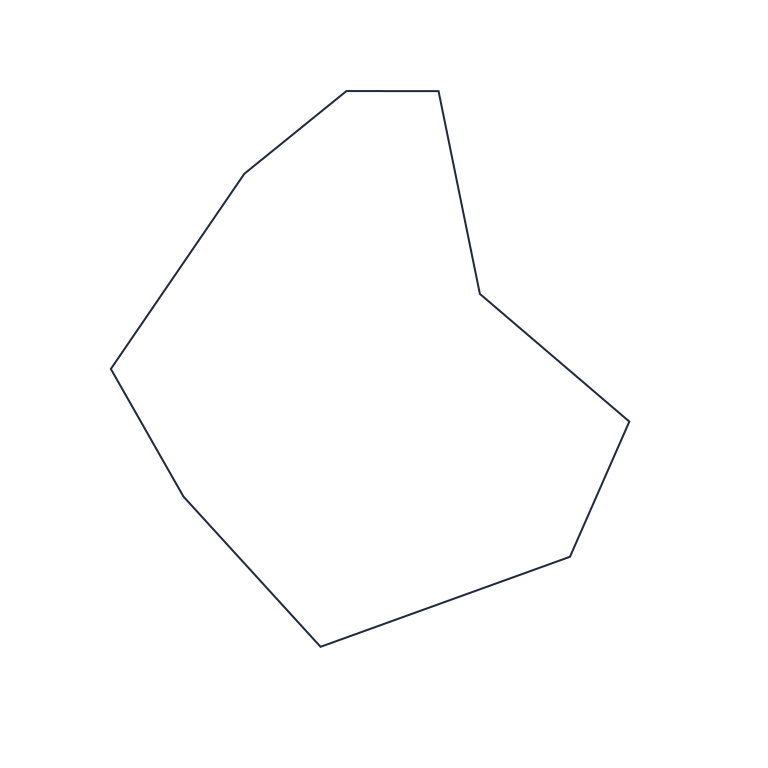 outline of Lija, rotated 51°
{"feature_id": "MLT-5929", "entity_name": "Lija", "entity_type": "state/province", "adm_level": 1, "iso_a3": "MLT", "parent_name": "Malta", "parent_adm1": "", "projection": "mercator", "projection_center": [14.439, 35.9], "detail": "fine", "context": "isolated", "style": "outline", "palette": "slate", "viewbox_px": 768, "rotation_deg": 51, "n_neighbors": 0, "source": "natural_earth", "source_scale": "10m", "svg_char_len": 285}
<svg xmlns="http://www.w3.org/2000/svg" viewBox="0 0 768 768"><g transform="rotate(51 384 384)"><path d="M200.4,586.8L132.7,360.2L132.7,228.9L190.7,157.3L374.3,252.8L567.6,217.0L635.3,348.2L548.3,598.7L345.3,610.7L200.4,586.8Z" fill="none" stroke="#1e293b" stroke-width="2"/></g></svg>